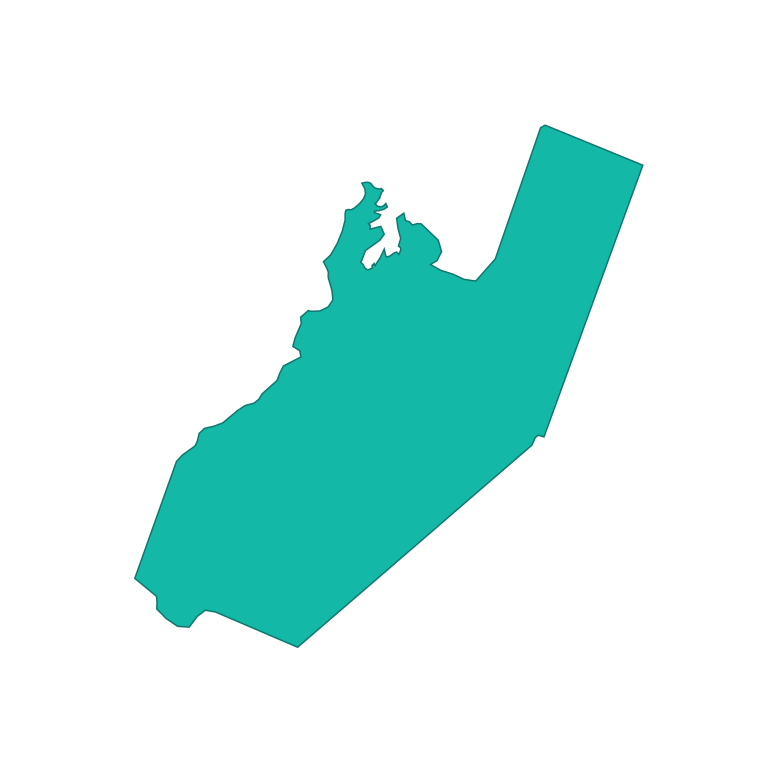 SVG path tracing the border of Mara, rotated 110°
{"feature_id": "TZA-3394", "entity_name": "Mara", "entity_type": "Region", "adm_level": 1, "iso_a3": "TZA", "parent_name": "United Republic of Tanzania", "parent_adm1": "", "projection": "orthographic", "projection_center": [33.712, -1.747], "detail": "fine", "context": "isolated", "style": "filled", "palette": "teal", "viewbox_px": 768, "rotation_deg": 110, "n_neighbors": 0, "source": "natural_earth", "source_scale": "10m", "svg_char_len": 2195}
<svg xmlns="http://www.w3.org/2000/svg" viewBox="0 0 768 768"><g transform="rotate(110 384 384)"><path d="M375.5,215.5L379.0,215.6L379.4,221.5L382.5,223.5L390.9,224.1L407.8,233.6L456.4,260.8L505.0,287.9L541.6,308.4L553.5,315.0L602.1,342.2L650.6,369.4L660.9,375.1L655.9,464.3L657.7,474.5L666.2,480.0L679.1,483.9L682.3,495.1L678.9,508.4L673.1,520.6L666.8,522.6L661.3,525.2L651.9,551.7L527.6,552.5L519.3,548.9L506.6,540.2L500.9,539.9L493.6,540.8L487.1,537.5L482.0,529.6L475.8,522.3L459.1,512.6L451.7,507.1L446.4,499.5L441.2,496.4L435.0,495.2L417.3,485.7L409.4,485.6L401.5,484.7L387.0,471.3L381.5,474.6L379.9,482.5L370.9,483.3L355.6,482.4L349.7,485.2L340.8,480.2L340.9,478.1L337.3,469.2L330.6,462.8L322.3,460.8L313.8,465.0L303.5,472.5L301.4,473.5L298.0,474.5L295.0,477.1L289.8,482.7L280.8,478.2L268.0,476.0L254.4,475.5L243.3,476.6L237.0,478.9L233.8,479.3L232.3,477.3L231.4,474.4L228.9,472.1L223.1,468.8L216.7,466.5L211.4,466.5L207.0,468.8L202.9,473.5L201.1,470.8L200.3,469.2L199.8,467.3L200.0,464.9L202.1,461.8L202.9,459.4L202.8,457.7L202.4,455.3L201.8,453.4L201.3,453.4L202.3,451.0L202.8,450.8L203.3,451.4L204.4,451.7L210.8,452.0L210.7,451.7L216.3,453.2L217.4,454.1L219.0,451.6L218.9,448.5L217.2,445.6L213.8,444.0L216.5,441.4L219.9,443.9L223.0,448.3L224.6,451.7L226.2,451.7L226.1,445.1L229.8,445.7L238.7,453.4L239.3,451.8L240.1,451.0L243.3,450.2L237.0,440.9L243.2,435.0L250.3,437.1L265.0,447.1L275.5,447.1L277.3,447.8L278.8,444.7L281.5,441.7L282.5,438.4L279.0,434.6L277.2,435.6L276.5,435.7L275.9,435.3L274.2,434.6L275.0,434.1L275.3,434.1L275.4,433.9L275.9,433.0L266.9,430.8L257.2,429.9L263.2,426.0L263.6,424.7L261.8,422.2L257.0,419.0L255.7,417.2L257.2,414.5L254.3,414.1L251.8,414.2L250.1,415.3L249.5,417.6L241.6,418.1L232.6,424.3L223.9,428.8L216.7,423.8L222.2,420.3L223.1,420.0L222.9,416.6L223.1,415.0L224.9,411.9L221.7,407.2L220.8,403.8L230.4,382.1L239.9,375.2L249.9,376.3L255.8,381.2L257.8,369.5L257.2,356.9L258.3,344.5L255.9,333.0L228.4,322.2L89.6,324.5L85.7,321.1L89.9,215.6L90.2,215.6L118.1,215.6L131.6,215.6L173.1,215.6L214.5,215.6L249.2,215.6L255.9,215.6L295.7,215.6L297.4,215.6L338.8,215.6L357.3,215.6L374.5,215.6L375.5,215.5Z" fill="#14b8a6" stroke="#0f766e" stroke-width="1.5"/></g></svg>